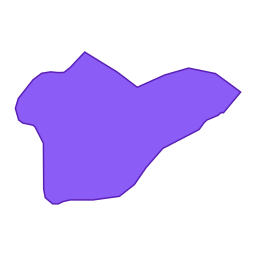 the state/province of Porto Novo
{"feature_id": "CPV-5060", "entity_name": "Porto Novo", "entity_type": "state/province", "adm_level": 1, "iso_a3": "CPV", "parent_name": "Cabo Verde", "parent_adm1": "", "projection": "robinson", "projection_center": [-25.199, 17.027], "detail": "fine", "context": "isolated", "style": "filled", "palette": "violet", "viewbox_px": 256, "rotation_deg": 0, "n_neighbors": 0, "source": "natural_earth", "source_scale": "10m", "svg_char_len": 563}
<svg xmlns="http://www.w3.org/2000/svg" viewBox="0 0 256 256"><path d="M240.6,92.1L223.5,112.7L220.8,112.7L218.2,115.2L206.9,120.0L204.3,122.4L199.1,129.5L162.8,148.4L146.2,167.4L134.4,184.5L119.4,196.3L93.2,199.9L70.3,199.9L63.3,201.5L58.0,203.9L52.6,203.8L45.3,197.7L43.7,189.2L43.4,143.2L35.2,127.1L33.1,125.2L22.7,123.0L18.7,120.0L15.4,108.4L18.3,98.5L33.1,79.7L41.7,73.3L50.5,71.9L58.3,72.6L64.0,72.4L70.1,67.6L84.7,52.1L117.4,72.2L137.2,87.3L164.7,75.0L188.6,68.1L215.5,73.6L232.3,85.9L240.6,92.1Z" fill="#8b5cf6" stroke="#5b21b6" stroke-width="1.5"/></svg>